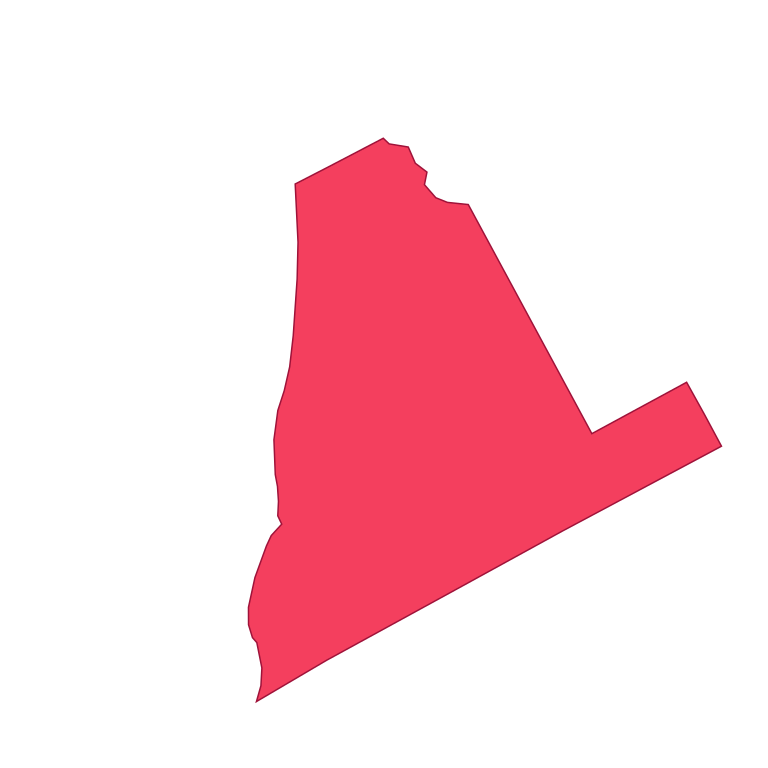 Bay, United States of America, rotated 61°
{"feature_id": "52423323B92612294973993", "entity_name": "Bay", "entity_type": "district", "adm_level": 2, "iso_a3": "USA", "parent_name": "United States of America", "parent_adm1": "", "projection": "albers", "projection_center": [-85.662, 30.246], "detail": "fine", "context": "isolated", "style": "filled", "palette": "rose", "viewbox_px": 768, "rotation_deg": 61, "n_neighbors": 0, "source": "geoboundaries", "source_scale": "gbopen_adm2", "svg_char_len": 662}
<svg xmlns="http://www.w3.org/2000/svg" viewBox="0 0 768 768"><g transform="rotate(61 384 384)"><path d="M602.0,119.0L565.8,118.5L529.2,118.5L528.2,226.3L267.9,223.3L255.9,240.5L246.2,248.4L229.3,252.0L219.5,243.7L206.1,249.6L188.5,247.9L176.5,263.1L168.7,265.5L167.1,329.6L166.0,364.7L218.4,390.5L250.1,409.1L297.8,440.0L323.3,458.2L341.5,474.5L355.7,489.7L379.4,507.3L410.5,523.0L421.9,526.8L435.5,533.2L447.8,540.8L457.0,541.4L461.9,556.1L468.7,565.4L490.7,590.7L513.6,610.8L528.9,619.2L542.1,622.0L548.5,620.6L573.2,628.5L588.2,637.9L599.9,649.5L597.8,568.3L598.6,421.1L599.1,299.2L602.0,119.0Z" fill="#f43f5e" stroke="#9f1239" stroke-width="1.5"/></g></svg>